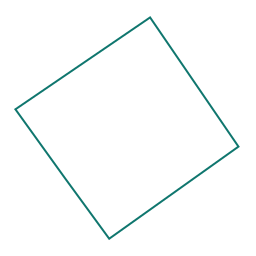 outline of Irion, Texas, United States of America, rotated 55°
{"feature_id": "52423323B54674882577965", "entity_name": "Irion", "entity_type": "district", "adm_level": 2, "iso_a3": "USA", "parent_name": "United States of America", "parent_adm1": "Texas", "projection": "equal_earth", "projection_center": [-101.026, 31.304], "detail": "fine", "context": "isolated", "style": "outline", "palette": "teal", "viewbox_px": 256, "rotation_deg": 55, "n_neighbors": 0, "source": "geoboundaries", "source_scale": "gbopen_adm2", "svg_char_len": 231}
<svg xmlns="http://www.w3.org/2000/svg" viewBox="0 0 256 256"><g transform="rotate(55 128 128)"><path d="M50.1,46.5L48.1,209.5L133.4,208.4L207.9,206.9L206.6,48.2L50.1,46.5Z" fill="none" stroke="#0f766e" stroke-width="2"/></g></svg>